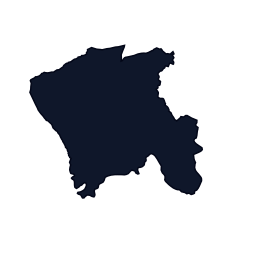 the district of Qiloane, Maseru, Lesotho, rotated 153°
{"feature_id": "5366337B33510041242454", "entity_name": "Qiloane", "entity_type": "district", "adm_level": 2, "iso_a3": "LSO", "parent_name": "Lesotho", "parent_adm1": "Maseru", "projection": "albers", "projection_center": [27.645, -29.358], "detail": "fine", "context": "isolated", "style": "filled", "palette": "ink", "viewbox_px": 256, "rotation_deg": 153, "n_neighbors": 0, "source": "geoboundaries", "source_scale": "gbopen_adm2", "svg_char_len": 5389}
<svg xmlns="http://www.w3.org/2000/svg" viewBox="0 0 256 256"><g transform="rotate(153 128 128)"><path d="M193.5,214.5L193.8,211.8L195.7,209.0L196.5,207.6L197.3,206.3L199.2,204.3L199.6,191.3L199.6,188.9L199.6,187.0L199.8,184.8L199.4,182.1L199.0,180.0L198.4,177.8L198.1,176.4L197.9,174.8L197.5,173.4L197.3,171.9L196.0,170.7L195.3,168.5L194.6,166.9L194.3,165.4L194.5,163.6L194.7,162.2L194.3,161.0L193.8,159.5L193.5,158.5L192.6,157.1L192.6,155.1L192.0,153.0L192.2,150.8L192.2,149.4L192.2,148.2L192.0,147.0L192.2,145.2L192.0,144.0L192.0,142.0L192.0,140.4L192.4,139.2L191.8,137.4L191.8,136.5L192.2,135.3L192.2,134.0L192.0,133.0L192.8,132.7L192.9,131.2L193.4,130.3L193.0,129.1L193.3,128.2L192.5,126.8L195.6,124.0L195.7,122.9L195.8,121.1L197.5,119.3L198.9,117.2L199.2,116.0L199.4,115.1L199.5,113.5L198.4,112.4L197.3,111.5L197.1,110.6L197.6,109.6L198.6,109.5L199.5,109.5L200.3,109.3L201.1,109.0L200.9,107.8L199.9,106.4L200.0,104.7L200.9,102.7L201.4,101.7L201.9,100.5L202.2,99.2L201.4,97.6L200.2,97.6L199.5,97.7L198.3,97.8L197.1,98.4L195.1,98.2L193.7,98.8L192.3,98.9L191.4,99.1L190.5,97.9L190.8,96.2L191.7,95.1L193.3,93.8L194.5,93.0L196.5,92.6L198.2,92.6L199.1,92.6L200.4,92.9L201.8,93.4L202.7,92.8L202.3,91.7L201.4,90.8L200.7,90.2L200.4,89.2L200.4,87.9L200.3,86.4L199.0,85.7L197.9,86.2L197.0,86.4L195.4,86.8L194.2,86.6L193.3,85.9L192.5,85.4L191.9,84.5L191.3,83.6L190.6,82.9L189.6,82.1L188.4,82.8L187.7,83.8L187.0,86.4L186.5,87.5L185.3,88.5L182.9,88.2L181.8,88.4L181.0,89.3L180.4,90.2L179.5,90.9L178.8,91.1L177.0,91.1L176.0,91.1L174.9,91.1L173.2,92.1L170.8,94.5L169.6,94.5L168.1,94.5L166.0,94.1L164.5,93.8L161.0,92.5L158.3,91.2L154.9,89.4L152.3,87.9L150.5,87.4L148.4,87.3L146.9,87.9L145.2,88.6L143.7,88.6L142.8,87.9L141.4,86.6L141.4,84.3L140.8,83.5L140.1,82.5L139.0,82.4L138.8,84.1L138.7,85.6L138.2,86.8L137.7,87.5L136.6,88.1L134.9,87.4L133.9,87.2L132.9,87.1L131.4,87.4L130.3,87.8L129.6,88.7L128.9,89.9L127.2,90.4L126.4,91.2L126.1,92.6L125.1,93.8L122.9,94.0L122.1,94.1L120.8,94.8L119.8,94.7L118.5,94.4L117.3,92.8L116.5,90.9L116.0,87.2L115.8,82.8L115.5,78.9L117.5,75.5L117.7,72.5L116.9,69.9L116.9,68.1L117.8,66.4L118.7,65.2L118.8,64.2L118.6,63.0L117.9,61.0L117.4,59.4L116.4,57.1L115.0,54.3L114.3,53.3L113.2,51.9L111.9,50.6L110.1,49.6L109.2,46.9L107.9,45.8L106.6,44.7L105.4,42.7L103.9,42.5L103.3,42.2L102.8,41.6L101.9,40.1L99.9,39.7L98.5,39.7L97.2,41.6L95.0,41.5L92.9,42.5L90.9,43.9L89.3,45.2L88.0,46.3L86.5,47.5L85.6,49.3L85.4,50.7L85.6,52.0L86.2,54.9L86.6,56.3L87.1,58.5L87.1,60.3L86.6,62.6L85.7,63.9L84.6,65.6L83.6,66.5L83.5,68.8L83.4,69.8L83.0,71.2L82.4,72.8L81.7,74.7L79.4,74.5L76.2,74.3L74.2,74.3L72.7,74.5L71.6,75.1L71.1,76.8L72.2,78.8L72.8,79.8L74.4,82.8L75.2,85.2L75.0,87.2L73.6,88.2L71.7,88.2L70.6,89.5L70.0,90.2L68.2,93.0L67.4,94.1L66.5,95.1L65.4,96.7L66.4,98.6L66.4,100.0L65.4,100.9L64.3,101.5L63.1,103.6L66.8,107.9L69.7,112.3L71.0,112.9L73.4,112.5L75.7,114.1L76.6,113.4L81.3,112.2L82.6,114.3L82.6,116.7L83.0,119.2L82.8,122.2L84.0,124.6L83.8,124.7L83.6,124.9L83.4,125.4L83.2,125.9L83.2,126.7L83.2,127.3L83.1,127.6L83.3,128.9L83.7,129.9L84.6,131.5L84.3,131.8L83.9,132.3L83.5,132.9L83.7,133.5L83.6,134.0L83.5,134.7L83.3,135.6L83.2,136.9L83.2,137.8L83.5,138.4L84.4,139.0L85.6,139.5L86.0,139.9L87.0,141.1L87.2,141.6L87.2,142.1L86.9,142.7L86.2,144.0L85.6,144.6L85.1,145.5L84.9,146.0L84.9,146.8L85.0,147.7L85.2,148.5L85.3,149.4L85.2,149.8L84.4,149.9L83.1,150.2L82.5,151.5L82.0,152.2L81.4,152.1L80.8,151.8L80.3,151.8L79.8,152.1L79.2,153.0L78.0,154.5L78.0,154.9L78.1,155.3L78.6,155.9L79.0,156.7L78.8,157.3L78.6,157.9L78.1,158.5L77.6,159.0L77.1,159.3L76.9,160.8L77.0,161.8L77.0,162.5L76.7,162.8L75.3,163.6L74.7,163.7L74.4,163.8L73.8,164.0L73.1,164.0L72.4,163.7L71.9,163.7L71.1,164.0L69.6,164.8L69.1,164.9L68.2,164.9L67.8,165.1L67.2,165.9L66.8,166.2L66.5,166.2L65.9,166.0L65.5,165.6L64.8,165.0L64.6,164.8L64.3,164.5L64.1,164.6L63.9,164.8L62.6,166.0L61.6,166.7L61.1,166.7L60.5,166.4L59.0,164.5L58.8,164.3L58.6,164.4L58.3,164.5L58.0,165.0L57.5,165.7L57.4,166.1L57.4,166.6L57.5,167.9L57.6,168.4L57.3,168.7L56.5,169.0L55.8,169.5L55.5,169.6L55.2,169.9L55.2,170.3L55.3,171.0L55.2,171.6L55.3,172.1L55.5,172.6L55.4,173.1L55.2,173.3L54.9,173.3L54.2,173.2L53.7,173.0L53.4,173.3L53.4,173.6L53.3,174.7L53.3,175.6L55.7,175.0L56.8,174.6L58.0,175.5L59.3,176.4L60.5,176.7L61.3,178.7L61.7,179.6L62.3,181.0L62.3,182.3L62.7,183.6L63.8,183.6L66.1,186.3L68.1,186.3L69.4,186.3L70.6,185.7L71.5,186.0L73.2,186.0L74.3,186.0L75.7,186.0L78.1,186.4L79.9,187.5L82.3,188.5L85.6,189.4L89.6,189.8L95.2,191.2L98.2,192.1L99.2,192.1L100.5,191.6L102.5,190.6L103.8,190.7L102.4,192.8L100.8,196.4L98.2,198.8L94.5,202.0L93.6,203.2L99.8,204.7L102.5,205.8L107.9,207.1L110.8,208.2L115.5,209.4L117.2,210.6L120.1,212.4L124.0,216.2L126.5,216.2L128.4,216.3L128.8,215.3L129.6,214.5L129.9,214.4L130.9,213.8L131.3,212.6L133.6,212.6L135.1,212.9L136.4,213.6L137.6,212.9L139.1,213.5L140.3,213.8L141.0,213.2L143.1,213.2L144.5,213.6L146.1,213.4L147.4,213.2L148.5,212.9L149.7,213.1L151.4,213.5L152.0,212.9L153.3,213.5L154.7,213.4L155.8,213.0L156.6,213.0L157.5,212.4L158.3,211.8L159.2,211.8L160.5,211.6L161.3,211.5L162.8,211.2L165.0,212.0L166.5,211.8L167.9,211.7L169.0,211.5L170.5,212.4L172.4,212.9L172.9,213.0L174.7,213.6L176.4,214.7L177.4,215.6L178.9,215.4L180.1,215.7L181.6,215.0L182.1,214.9L183.0,214.7L184.1,214.7L186.0,215.0L187.2,215.6L188.5,215.1L190.2,215.1L192.6,215.1L193.5,214.5Z" fill="#0f172a" stroke="#020617" stroke-width="1.5"/></g></svg>